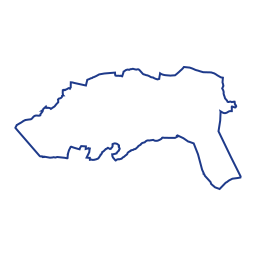 Ixtapaluca, México, Mexico
{"feature_id": "50627088B19998510456179", "entity_name": "Ixtapaluca", "entity_type": "district", "adm_level": 2, "iso_a3": "MEX", "parent_name": "Mexico", "parent_adm1": "México", "projection": "orthographic", "projection_center": [-98.802, 19.329], "detail": "fine", "context": "isolated", "style": "outline", "palette": "blue", "viewbox_px": 256, "rotation_deg": 0, "n_neighbors": 0, "source": "geoboundaries", "source_scale": "gbopen_adm2", "svg_char_len": 5594}
<svg xmlns="http://www.w3.org/2000/svg" viewBox="0 0 256 256"><path d="M204.9,175.8L210.5,182.0L211.2,184.0L215.0,187.3L219.6,189.0L225.7,182.7L226.7,182.2L229.1,180.4L232.4,178.7L237.8,178.0L240.4,177.5L240.6,176.4L230.9,157.0L218.5,131.3L220.2,120.6L220.6,111.7L220.5,111.3L222.9,112.7L223.7,113.0L224.4,113.1L225.3,113.1L226.1,112.9L226.9,112.6L228.7,111.5L229.5,111.2L230.2,111.1L231.8,111.1L231.8,107.9L231.7,107.0L231.9,106.5L232.3,106.5L233.4,107.0L234.0,107.1L234.4,107.3L235.1,107.5L235.4,107.4L235.6,107.3L236.2,106.2L236.0,105.7L235.7,105.6L235.5,105.4L235.5,104.8L234.9,104.1L234.6,101.7L234.0,101.6L233.4,101.9L232.7,101.9L232.4,102.0L231.7,102.1L230.6,101.6L230.0,101.6L228.7,102.0L228.1,102.0L227.9,101.9L227.5,101.7L227.4,101.4L227.0,100.6L226.6,100.1L225.5,98.9L225.0,98.2L224.5,96.4L224.0,95.2L223.9,94.6L223.7,94.1L223.6,93.4L223.6,92.8L223.7,92.2L223.6,91.7L223.3,90.6L223.1,90.1L222.2,88.4L223.4,85.9L223.4,85.7L223.2,85.4L223.1,84.3L222.5,82.4L222.9,77.7L221.1,77.4L220.6,77.2L219.9,76.8L217.3,75.3L216.0,74.4L214.3,73.4L211.1,72.4L203.2,72.2L199.8,71.2L198.0,70.6L196.4,70.2L195.2,69.8L194.6,69.5L193.9,69.2L192.3,68.5L189.7,67.6L183.9,67.0L182.7,68.5L181.6,69.6L180.2,70.8L179.3,71.7L177.0,73.7L175.8,74.7L175.0,75.3L173.2,75.4L171.7,75.5L170.4,75.6L165.6,75.2L164.2,75.0L162.4,74.5L161.0,73.9L160.1,73.3L159.8,75.3L159.5,76.6L159.2,78.9L158.6,78.9L158.4,79.0L158.0,79.3L157.8,79.4L156.5,79.1L155.1,78.6L153.8,78.0L153.4,77.6L151.8,77.3L151.1,77.2L148.8,75.9L148.0,75.6L147.2,75.3L146.3,75.2L145.2,74.8L144.4,74.5L143.5,74.3L142.9,73.9L139.5,70.1L138.6,69.4L138.0,69.3L137.5,69.3L136.4,69.6L135.7,69.5L134.3,69.2L133.4,68.9L132.8,68.8L131.7,69.1L130.7,69.2L130.3,69.2L129.3,69.8L129.0,69.8L128.1,69.6L127.3,69.6L126.7,69.8L125.8,70.1L125.0,70.7L123.9,71.5L123.6,71.6L123.3,72.9L122.2,76.3L121.6,76.2L120.8,75.7L120.4,75.9L119.4,75.9L118.4,75.7L117.1,75.8L115.9,75.7L115.4,75.5L115.1,74.4L115.0,72.6L104.3,73.5L99.2,74.4L96.3,76.0L93.9,77.1L93.0,77.3L92.1,78.0L90.5,78.4L89.7,78.9L87.3,79.8L85.9,85.5L74.0,82.9L73.1,82.6L72.0,82.4L70.8,82.3L70.7,87.5L70.2,88.0L69.9,88.7L68.9,88.1L68.5,88.2L66.8,89.2L65.9,89.6L64.8,89.8L64.8,90.1L63.9,90.2L63.3,89.9L62.8,90.2L62.7,93.1L63.1,95.3L63.3,95.5L62.4,95.6L62.1,95.8L62.1,96.4L62.0,96.8L61.3,97.7L60.2,98.3L58.9,98.6L58.0,99.5L58.2,100.4L58.2,101.0L58.2,102.3L56.4,104.1L56.0,104.7L55.5,105.2L54.8,106.2L54.2,106.7L52.6,107.7L50.9,108.9L50.1,108.2L49.4,108.0L47.7,107.7L47.5,107.9L46.3,107.9L45.9,106.6L45.0,107.4L44.6,107.8L44.5,108.0L43.7,108.5L43.4,108.8L43.0,109.9L41.9,110.7L42.7,110.7L42.6,111.4L40.4,114.3L40.3,115.3L39.8,115.5L39.1,115.7L36.0,115.5L35.2,115.8L34.5,115.9L33.5,116.8L33.1,117.1L32.8,117.6L32.2,118.2L31.9,118.6L31.5,118.9L31.1,119.1L30.8,119.3L28.2,119.6L26.3,119.9L25.7,120.0L25.3,120.0L25.1,120.2L24.7,120.4L23.3,121.0L22.9,121.4L20.1,123.2L19.9,123.2L19.5,123.4L19.3,123.6L17.9,124.4L17.1,124.9L16.9,125.1L16.7,125.1L16.2,126.2L15.4,127.7L15.4,127.9L18.2,131.2L37.5,153.5L39.5,155.8L40.1,156.3L40.5,156.4L41.9,156.3L42.2,156.8L42.6,157.1L43.6,157.0L43.8,157.0L43.8,156.9L43.8,156.7L44.4,156.7L50.0,157.7L52.3,157.5L53.6,157.2L54.1,157.3L55.3,157.5L55.5,157.5L57.2,157.0L64.8,157.8L67.2,158.3L67.6,158.0L67.6,156.5L68.0,153.9L67.9,153.9L68.6,151.5L69.0,150.2L70.7,146.9L71.1,146.7L74.0,147.7L77.0,148.6L79.6,149.3L80.1,147.8L81.2,146.1L85.9,146.4L85.7,149.0L88.5,148.2L88.6,148.6L89.8,148.6L89.5,149.9L89.4,150.9L89.2,152.3L86.6,157.6L89.4,157.9L89.8,157.9L89.9,159.9L90.0,159.9L90.9,159.5L91.1,159.5L91.3,159.5L91.9,159.8L92.7,159.9L94.3,159.8L94.8,159.6L95.1,159.6L95.3,159.5L96.0,159.4L96.3,159.2L96.7,159.1L97.1,158.9L97.7,158.8L98.1,158.4L98.4,158.2L98.6,158.0L98.8,157.6L99.1,157.4L99.4,156.8L100.4,155.4L100.5,155.1L100.6,154.9L100.6,154.7L101.0,154.6L101.4,154.1L101.7,153.5L101.7,153.3L101.9,153.1L102.1,152.8L102.3,152.0L102.7,151.9L103.0,151.7L103.4,151.3L104.0,150.9L104.6,150.2L105.3,149.6L105.4,149.4L105.7,149.3L105.9,149.0L106.1,149.0L106.8,148.6L107.1,148.5L107.5,148.0L107.9,147.8L110.0,149.0L110.6,148.6L110.8,148.7L111.0,148.3L111.9,147.5L112.1,147.3L112.7,145.9L112.5,145.1L112.6,144.7L112.5,144.2L112.9,143.9L113.6,143.7L114.2,143.5L114.7,143.4L115.8,143.5L117.1,143.9L117.9,144.5L118.9,145.3L119.0,145.5L119.0,146.0L119.0,146.3L118.7,146.6L118.7,146.8L118.8,147.1L119.2,147.5L119.3,147.7L119.7,148.8L119.3,149.2L119.1,149.7L119.2,149.8L119.1,150.1L118.5,151.0L117.6,151.6L117.4,152.1L117.0,152.7L116.6,152.9L116.5,153.3L116.3,153.3L116.1,153.5L115.3,153.8L114.6,153.9L112.5,154.4L112.4,154.3L112.2,154.3L112.4,156.2L112.9,157.3L113.3,157.9L114.0,158.7L114.9,159.8L115.5,160.4L115.7,160.5L116.9,159.6L117.5,159.3L118.3,159.3L118.4,159.2L119.0,159.2L119.4,159.3L119.8,159.2L120.6,158.9L121.3,158.8L121.7,158.6L122.6,157.6L123.2,157.2L123.5,157.1L123.9,156.9L125.8,155.2L126.4,154.9L127.0,154.3L127.3,153.9L127.4,153.3L127.7,152.9L128.1,152.4L128.4,152.2L128.7,151.9L129.2,151.7L130.4,150.8L130.6,150.9L130.9,150.4L131.9,150.1L133.3,149.8L134.1,149.2L134.4,149.1L135.0,149.1L135.6,148.9L136.3,148.2L137.6,147.1L138.5,145.9L139.5,145.4L140.8,144.5L140.8,144.3L141.1,143.9L141.8,143.4L142.2,143.0L144.4,142.4L144.7,142.3L146.0,141.1L147.2,140.5L148.0,140.4L149.7,140.5L150.4,140.3L151.4,140.2L153.2,139.9L154.1,140.4L154.8,140.7L155.6,140.8L156.6,140.8L157.6,140.7L158.4,140.4L159.9,139.7L161.1,139.0L161.8,138.4L162.1,137.8L162.3,137.7L162.8,137.6L164.2,137.8L174.9,137.9L177.5,136.6L177.0,135.7L177.5,135.4L183.4,138.2L188.3,141.6L189.0,141.7L193.7,143.4L198.0,154.3L202.1,169.7L203.7,173.2L203.5,173.8L204.3,174.4L204.9,175.8Z" fill="none" stroke="#1e3a8a" stroke-width="2"/></svg>